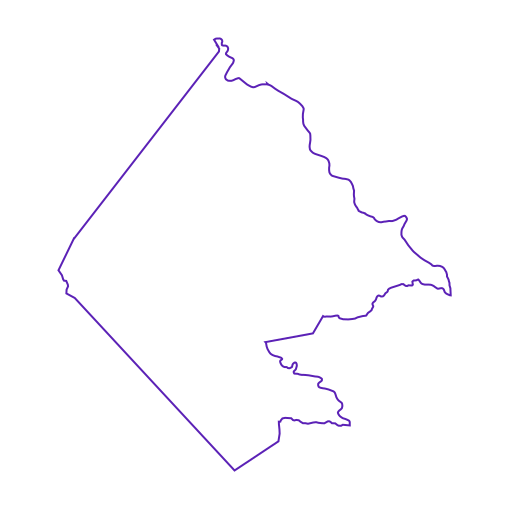 Six Miles/Descatier, Soufrière, Saint Lucia (Albers equal-area conic projection), rotated 3°
{"feature_id": "8701671B56645509731346", "entity_name": "Six Miles/Descatier", "entity_type": "district", "adm_level": 2, "iso_a3": "LCA", "parent_name": "Saint Lucia", "parent_adm1": "Soufrière", "projection": "albers", "projection_center": [-60.969, 13.841], "detail": "fine", "context": "isolated", "style": "outline", "palette": "violet", "viewbox_px": 512, "rotation_deg": 3, "n_neighbors": 0, "source": "geoboundaries", "source_scale": "gbopen_adm2", "svg_char_len": 6065}
<svg xmlns="http://www.w3.org/2000/svg" viewBox="0 0 512 512"><g transform="rotate(3 256 256)"><path d="M59.5,280.6L63.2,285.4L64.7,289.5L65.6,290.7L67.8,290.8L69.6,294.5L69.9,296.1L68.6,299.5L68.6,303.3L77.2,307.4L245.8,471.3L288.1,439.9L288.9,432.2L288.5,428.0L287.7,422.8L287.5,420.4L287.9,420.5L289.0,420.1L289.2,419.1L290.9,416.8L293.6,416.1L299.7,416.2L301.5,417.9L302.9,418.2L304.8,417.6L307.3,417.8L309.0,419.1L311.6,420.5L314.1,420.4L316.7,420.8L321.8,419.3L324.7,418.8L327.1,419.3L330.2,419.5L333.0,419.5L336.3,417.4L337.6,417.2L339.0,417.7L340.5,419.0L343.9,419.0L346.0,420.5L347.2,421.1L349.8,421.1L351.5,420.0L358.5,420.3L358.3,416.9L357.9,416.0L357.5,415.6L356.9,415.3L355.5,414.7L353.5,414.0L351.4,413.5L350.2,412.9L348.2,411.6L347.2,410.5L346.4,409.3L346.1,408.6L346.0,407.9L346.4,407.0L347.3,405.9L348.6,404.8L349.4,403.9L349.8,403.3L350.1,401.3L350.0,400.5L349.8,399.3L349.6,398.8L349.2,398.1L346.2,396.1L345.0,394.9L343.7,392.9L342.7,390.2L342.0,388.6L341.4,387.8L341.0,387.5L340.4,387.1L335.5,385.5L332.6,384.9L331.3,384.7L329.7,384.6L327.3,384.2L325.9,383.7L325.3,383.1L324.8,381.7L324.8,380.4L325.3,379.6L326.1,378.8L327.3,377.9L328.2,377.0L328.3,376.7L328.3,375.5L328.1,375.1L327.0,374.4L325.8,373.8L325.0,373.5L323.8,373.3L321.2,373.2L315.0,372.4L310.9,372.2L307.8,372.3L305.4,372.0L304.4,371.6L303.1,371.4L300.9,371.5L300.3,371.3L299.8,370.4L299.7,369.6L299.9,369.1L301.2,367.7L301.7,367.0L301.9,366.3L302.5,363.6L302.4,362.5L302.1,361.4L301.6,360.6L301.1,360.3L300.1,360.4L299.2,361.1L298.7,361.6L298.2,362.5L297.8,364.8L297.4,365.2L295.5,366.3L294.3,366.3L293.7,366.2L292.9,365.6L292.2,365.3L290.4,365.4L289.7,365.2L288.9,364.9L287.8,364.1L286.9,363.1L286.0,361.4L285.7,360.5L285.6,359.8L285.8,359.2L286.2,358.8L287.1,358.1L287.4,357.8L287.5,357.4L287.0,356.8L286.6,356.4L285.5,356.0L284.6,355.8L282.6,355.2L280.3,354.9L277.9,354.1L276.7,353.5L275.6,352.8L274.3,351.3L272.4,348.3L271.4,345.9L270.6,342.5L270.3,341.9L269.9,341.5L316.9,330.3L326.1,312.5L326.9,313.0L328.2,313.0L329.7,312.7L333.6,312.6L335.4,312.3L338.7,311.4L340.6,311.2L341.4,311.5L341.5,311.8L342.0,313.1L342.9,313.8L346.3,314.6L351.5,314.5L355.3,313.9L358.2,313.3L360.5,312.0L361.4,311.7L365.7,310.4L368.1,310.0L369.2,309.7L370.2,307.9L370.9,306.9L371.9,306.1L373.1,305.2L374.3,303.9L374.6,302.7L375.6,300.7L375.7,300.2L375.7,299.9L374.9,298.3L374.8,297.5L375.0,297.0L375.5,296.2L377.0,294.9L377.5,294.2L378.1,293.0L378.6,291.1L378.9,290.5L379.2,290.0L379.7,289.5L380.3,289.1L380.8,289.1L381.5,289.2L383.0,289.9L384.1,289.8L384.9,289.6L385.5,289.1L386.1,288.4L387.2,286.4L388.5,285.4L389.1,284.8L389.4,284.1L389.6,282.8L390.6,281.7L392.6,280.6L399.5,278.0L401.5,277.2L402.6,276.5L404.7,276.4L405.0,276.6L405.6,277.2L407.1,278.0L408.5,278.1L408.7,277.9L409.3,277.7L409.7,277.3L413.3,277.3L413.9,276.8L414.1,276.3L414.1,276.0L413.9,275.7L413.8,274.8L413.5,273.5L413.8,273.0L414.8,272.2L417.0,272.0L417.8,271.7L418.6,271.2L419.3,271.0L420.4,272.1L421.9,274.1L422.7,274.8L423.8,275.3L425.9,275.7L431.3,275.5L432.6,275.7L433.5,276.0L435.1,276.7L435.9,277.3L438.9,279.1L440.1,279.1L441.3,278.7L442.9,278.4L443.5,278.4L444.4,278.8L444.8,279.1L445.3,279.7L446.4,282.2L447.7,283.4L449.1,284.1L450.2,284.5L451.4,285.0L452.5,285.1L451.8,278.0L450.8,275.2L450.6,272.7L450.0,271.2L449.6,269.7L448.8,268.1L448.4,267.5L447.8,266.4L447.7,264.6L446.8,262.0L446.2,261.2L445.2,259.6L444.2,258.3L443.2,257.5L442.3,257.0L440.2,256.3L437.9,256.2L436.9,256.3L436.3,256.5L434.5,256.7L432.9,256.4L432.5,256.2L431.7,255.3L429.1,253.7L424.6,251.5L422.7,250.4L420.4,249.0L413.5,243.7L412.1,242.4L407.5,237.3L403.5,231.9L401.5,230.0L400.9,229.2L400.4,228.0L400.1,227.1L400.0,224.5L400.1,222.9L400.3,221.9L400.6,220.9L401.9,218.4L402.6,216.4L404.5,212.7L404.8,211.6L404.8,210.9L404.6,210.4L404.0,209.4L403.4,208.8L402.9,208.3L402.5,208.1L401.6,208.2L400.8,208.5L399.8,208.9L396.6,210.8L395.5,211.5L394.7,212.1L393.8,212.6L390.8,213.8L390.1,214.0L386.9,214.1L383.7,214.8L382.1,215.0L379.1,215.8L377.7,215.7L376.7,215.6L375.0,214.9L373.9,214.2L373.1,213.5L372.4,212.8L371.9,211.9L371.0,211.2L370.1,210.8L368.2,210.4L365.8,209.6L364.0,208.8L363.6,208.5L363.2,208.1L362.7,208.0L362.6,207.7L360.5,207.1L360.0,207.1L359.5,207.0L358.4,206.6L358.3,206.4L357.3,206.1L356.4,205.7L356.1,205.5L355.7,204.5L355.5,204.4L355.1,203.7L354.3,202.3L353.6,201.6L352.5,200.0L352.0,199.1L351.3,197.3L351.2,196.2L351.3,193.7L350.7,191.1L350.5,189.3L350.5,185.6L349.7,183.4L349.1,181.0L348.1,179.1L346.9,177.1L345.3,175.5L344.6,175.1L343.9,174.8L341.1,174.3L338.3,174.2L334.6,173.5L328.2,172.0L327.3,171.6L325.6,169.9L324.9,168.5L324.5,166.3L324.4,163.9L324.6,161.9L324.4,159.8L323.8,158.1L323.2,156.7L322.4,155.7L321.2,154.7L320.0,154.1L319.0,153.6L315.8,152.6L310.3,151.1L309.1,150.7L307.8,150.1L307.0,149.6L305.0,147.8L304.3,146.7L303.8,144.2L303.8,142.4L304.1,139.7L304.3,137.2L304.0,133.1L303.7,131.1L303.1,130.1L301.1,128.0L297.5,123.7L297.1,123.0L296.4,121.5L296.0,119.3L295.9,117.6L295.5,115.2L295.4,111.7L295.9,107.5L295.9,106.4L295.6,105.7L294.4,103.9L292.1,101.7L291.0,100.8L289.6,99.8L287.7,98.9L284.1,97.5L282.8,96.9L275.7,92.9L269.7,89.9L266.4,88.0L262.5,85.4L260.5,84.5L259.4,84.3L259.4,84.1L258.4,83.4L258.7,84.1L258.0,84.0L255.4,84.1L253.6,84.2L252.1,84.5L250.1,85.2L246.0,87.3L244.8,87.6L244.0,87.6L242.3,87.2L239.9,86.1L238.3,85.3L237.0,84.4L230.7,79.8L229.9,79.3L229.1,79.3L228.5,79.5L226.3,80.4L224.2,81.6L222.4,82.3L221.6,82.4L219.4,82.4L218.7,82.3L216.7,81.1L216.1,80.0L215.8,79.0L215.8,78.1L216.0,77.3L217.5,73.9L220.1,68.8L222.9,64.6L223.1,64.1L223.5,62.5L223.6,61.6L223.4,61.0L223.2,60.7L222.8,60.2L222.6,60.1L222.1,59.7L218.8,58.4L216.8,57.2L215.5,56.1L215.4,55.6L215.5,54.9L216.9,52.7L217.2,51.8L217.3,51.0L217.3,50.0L216.9,49.1L216.4,48.3L215.0,47.6L214.5,47.5L212.2,47.6L211.1,47.3L210.9,47.0L210.8,46.5L210.7,45.6L210.7,44.9L211.1,43.8L211.1,43.5L211.0,42.9L210.8,42.2L210.1,41.4L209.8,41.3L209.5,41.0L208.6,40.7L208.1,40.7L205.4,40.9L204.2,41.2L202.8,42.2L206.9,48.2L206.3,48.2L208.4,50.8L208.3,53.7L73.5,248.0L73.3,247.9L59.5,280.6Z" fill="none" stroke="#5b21b6" stroke-width="2"/></g></svg>